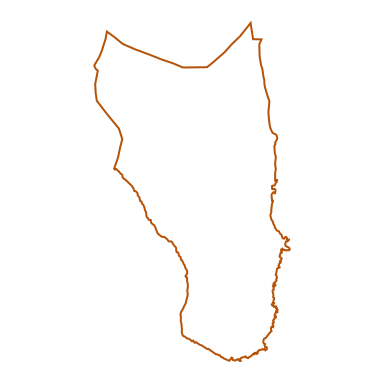 outline of Mrémani, Andjouân, Comoros
{"feature_id": "10938185B83207987774368", "entity_name": "Mrémani", "entity_type": "district", "adm_level": 2, "iso_a3": "COM", "parent_name": "Comoros", "parent_adm1": "Andjouân", "projection": "equal_earth", "projection_center": [44.513, -12.33], "detail": "fine", "context": "isolated", "style": "outline", "palette": "amber", "viewbox_px": 384, "rotation_deg": 0, "n_neighbors": 0, "source": "geoboundaries", "source_scale": "gbopen_adm2", "svg_char_len": 6070}
<svg xmlns="http://www.w3.org/2000/svg" viewBox="0 0 384 384"><path d="M106.9,31.6L105.5,39.2L102.0,50.2L99.2,57.2L94.2,65.5L95.7,68.8L97.8,70.7L95.2,84.1L95.7,93.2L96.8,100.8L106.6,113.5L118.9,128.6L122.3,139.1L120.1,147.6L118.1,157.3L114.1,168.7L114.8,169.5L115.6,168.9L116.4,169.1L117.6,170.6L118.7,171.2L120.3,173.3L122.0,174.5L122.3,175.0L122.5,176.9L122.7,177.6L123.7,178.5L125.1,179.4L131.2,185.3L132.4,186.6L132.7,187.3L133.3,188.1L134.2,190.9L135.2,191.0L135.8,191.4L137.1,192.6L137.5,193.4L137.8,195.6L139.4,197.3L140.0,200.4L140.4,201.2L141.1,201.3L141.7,201.9L142.0,203.2L143.4,205.2L144.0,206.4L144.6,208.1L144.9,209.9L146.1,212.4L146.4,215.6L146.8,217.2L147.3,217.7L147.9,218.0L148.2,218.9L149.3,220.1L150.7,220.0L151.3,222.9L152.4,224.0L153.7,224.8L154.7,225.9L157.3,232.6L157.6,233.2L158.9,234.6L161.6,236.6L162.4,236.9L164.1,237.0L165.1,237.4L167.4,239.5L168.7,241.4L171.3,241.4L172.1,242.2L173.6,244.9L175.7,247.2L176.1,248.0L176.3,251.0L176.7,252.1L177.6,252.2L178.4,253.1L179.0,255.8L180.2,256.7L180.7,257.7L181.0,259.5L181.6,260.2L182.3,260.6L182.8,262.2L183.3,262.9L183.6,264.0L184.6,265.2L185.5,268.3L186.5,269.5L187.2,271.1L187.3,272.7L187.2,273.6L185.7,275.6L185.6,276.2L185.8,276.9L186.3,277.2L186.8,277.2L186.9,277.5L187.1,278.9L187.2,282.1L187.8,283.6L187.8,287.6L187.6,289.0L187.3,290.0L187.3,291.5L187.7,293.2L187.6,295.9L186.4,300.2L185.7,303.3L183.8,306.8L183.3,308.4L181.5,311.1L180.5,313.8L180.6,315.5L180.9,316.5L180.8,321.2L181.4,323.5L182.0,329.7L181.7,331.1L182.1,333.6L182.8,335.5L183.2,335.9L183.8,336.3L184.9,336.6L186.8,338.3L187.5,338.6L188.8,338.7L190.8,340.1L191.6,341.2L192.5,341.1L193.2,340.6L193.9,341.5L194.4,342.6L195.1,342.7L196.1,342.2L198.7,344.1L200.1,344.9L201.5,345.3L206.8,348.8L208.4,348.9L216.0,354.3L217.4,354.3L218.5,355.1L219.9,355.3L220.9,356.8L221.3,357.0L221.8,357.0L222.0,357.3L222.5,357.4L223.7,358.4L229.0,360.7L229.4,360.7L230.3,359.6L231.0,358.3L231.6,357.6L232.1,357.7L232.5,358.1L232.5,359.5L232.8,359.9L235.2,360.6L235.9,359.9L237.0,359.8L237.5,359.5L237.7,359.2L238.0,359.2L238.4,359.2L238.9,359.8L239.0,360.4L239.5,360.9L240.6,361.0L240.7,360.4L239.9,359.3L240.8,358.2L241.4,357.8L242.7,357.3L244.3,357.2L245.4,356.4L247.0,357.9L248.1,358.1L248.6,357.4L251.2,356.0L252.7,354.3L253.6,353.7L253.7,354.4L254.0,354.4L254.6,352.9L255.9,352.9L256.1,353.9L256.3,354.0L257.5,353.5L257.8,353.0L257.7,352.8L257.1,352.6L257.0,352.4L258.3,351.0L258.9,350.6L259.2,350.0L261.3,349.8L262.5,349.1L262.9,349.5L263.4,349.6L264.6,349.0L264.8,349.2L265.3,350.4L265.5,350.4L266.1,349.6L266.7,349.3L266.9,348.9L266.8,347.8L266.4,347.0L265.7,346.9L265.2,347.1L264.9,346.7L264.6,345.0L265.0,344.0L263.8,343.4L263.4,342.8L263.3,341.4L263.6,339.8L264.0,338.9L266.1,337.6L267.5,335.6L270.6,331.8L271.5,331.3L271.5,330.7L271.1,330.0L270.9,328.6L271.3,327.1L272.1,326.7L272.5,326.9L273.0,326.3L273.2,326.6L273.4,326.1L273.4,325.9L272.8,325.7L272.7,325.4L272.8,325.2L272.7,323.1L273.1,322.7L273.6,322.7L273.9,322.2L273.2,321.0L273.1,320.3L274.1,319.3L274.3,318.9L274.3,318.4L275.1,318.0L275.4,317.5L275.9,317.4L276.0,316.8L275.7,316.1L274.7,316.1L274.6,315.2L275.9,312.1L276.3,312.0L277.0,312.4L277.4,312.2L277.4,311.5L276.3,311.0L276.2,310.6L276.5,310.3L277.4,310.2L277.5,309.5L277.0,309.2L276.9,308.2L276.1,308.1L276.2,306.5L275.8,306.3L275.3,306.3L274.2,306.9L273.9,306.7L273.5,305.9L272.8,305.8L272.0,305.1L271.8,304.6L272.0,304.1L272.4,303.9L273.4,304.0L274.0,303.6L274.1,303.1L272.8,303.0L274.2,298.6L274.1,298.0L273.2,297.4L273.4,294.9L273.2,293.7L272.7,292.1L272.6,290.7L273.2,290.0L273.8,289.6L273.8,289.3L273.4,288.3L273.8,287.5L273.8,287.0L272.9,286.3L272.9,286.0L273.8,285.5L274.8,285.8L275.3,285.7L275.5,285.0L275.3,284.4L273.8,284.5L273.5,284.2L273.5,283.6L275.3,281.7L276.1,281.3L276.5,280.5L276.2,279.2L276.9,278.2L277.0,277.4L276.6,276.7L276.5,275.6L275.8,274.9L275.7,274.4L276.2,273.5L277.0,269.0L277.3,268.4L278.2,268.0L278.5,267.5L279.0,267.3L279.5,267.5L279.6,267.0L278.5,265.7L279.0,264.7L279.1,264.0L279.3,263.6L280.1,263.1L280.8,262.3L280.8,261.6L280.0,261.5L280.0,261.1L280.7,260.7L280.9,260.1L281.7,259.0L281.7,258.4L280.8,257.6L280.1,257.4L279.9,256.3L279.5,256.1L280.2,254.8L280.3,253.5L280.6,253.0L281.3,253.0L281.7,252.8L281.8,252.4L281.4,251.6L281.1,250.8L281.1,249.6L281.7,249.5L282.2,250.4L282.5,249.8L282.1,249.0L282.3,248.7L283.1,249.6L283.8,249.6L284.0,250.0L284.3,249.9L284.5,250.1L285.7,250.1L286.4,250.5L287.3,250.2L288.7,250.3L289.4,249.9L289.8,249.2L289.3,248.2L288.9,247.7L285.7,246.0L285.2,244.6L285.4,242.9L286.1,241.4L287.5,241.4L288.4,240.4L288.8,240.2L288.9,239.6L287.2,239.8L286.9,239.5L287.0,238.1L286.0,237.0L285.3,237.0L284.6,238.1L284.1,238.6L283.2,238.6L282.7,238.2L282.2,237.0L281.4,234.6L280.7,234.2L279.9,233.4L279.0,231.4L277.2,230.7L276.7,230.3L275.6,228.7L274.9,227.3L274.2,225.1L273.3,223.7L272.8,221.6L271.8,220.2L271.4,219.5L270.6,216.5L270.4,214.7L270.7,213.8L271.2,212.8L271.3,211.1L271.2,210.1L271.5,209.0L271.6,208.2L271.4,207.8L271.8,206.1L271.9,204.4L272.2,203.3L272.9,201.6L272.9,200.8L272.2,200.8L272.0,200.7L272.0,199.0L271.6,196.9L271.6,195.1L271.8,194.1L273.4,192.3L274.7,192.9L274.8,193.3L275.0,193.3L275.2,192.8L275.0,192.3L275.5,191.0L275.2,189.4L274.6,188.9L272.6,189.2L272.1,188.8L272.0,186.5L272.2,185.8L272.6,185.6L273.7,185.7L275.2,184.8L275.4,183.4L276.3,182.4L276.6,181.9L276.6,181.5L277.1,180.8L277.1,180.0L276.7,180.0L275.9,180.9L275.4,181.0L275.1,180.4L275.1,178.5L275.2,177.8L275.1,172.8L275.8,169.3L275.2,164.8L275.3,161.3L275.9,156.8L274.8,153.3L274.4,145.6L275.3,144.5L275.4,143.6L275.1,142.8L275.5,141.9L276.8,139.7L277.3,138.2L277.2,137.4L276.8,136.1L276.3,135.1L275.6,134.4L272.5,132.8L270.5,128.5L269.7,125.3L268.8,117.8L268.4,112.2L269.4,101.9L269.2,100.4L267.9,97.2L265.0,87.4L264.4,84.2L264.3,79.9L263.5,77.2L262.3,68.5L261.1,65.4L260.5,61.4L260.0,59.2L259.6,55.7L259.3,44.7L259.6,43.4L260.6,41.5L261.5,39.4L253.1,39.2L250.6,23.0L240.1,36.2L231.9,44.1L224.2,52.6L212.6,62.7L207.0,67.2L182.9,67.5L173.5,63.5L160.9,59.2L149.4,54.6L135.3,49.4L123.0,44.1L114.0,36.8L106.9,31.6Z" fill="none" stroke="#b45309" stroke-width="2"/></svg>